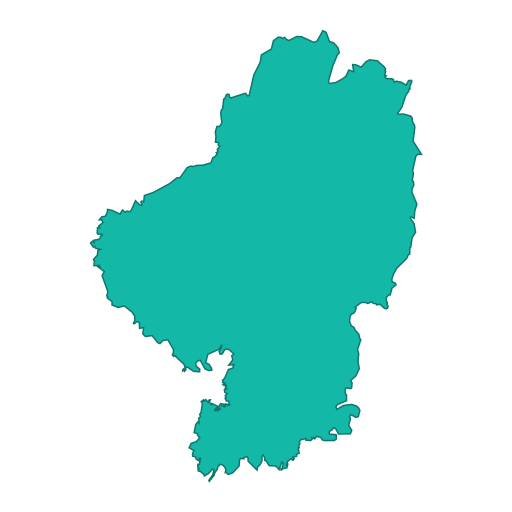 Chuadanga, Khulna, Bangladesh
{"feature_id": "16705992B19758630986204", "entity_name": "Chuadanga", "entity_type": "district", "adm_level": 2, "iso_a3": "BGD", "parent_name": "Bangladesh", "parent_adm1": "Khulna", "projection": "orthographic", "projection_center": [88.863, 23.601], "detail": "fine", "context": "isolated", "style": "filled", "palette": "teal", "viewbox_px": 512, "rotation_deg": 0, "n_neighbors": 0, "source": "geoboundaries", "source_scale": "gbopen_adm2", "svg_char_len": 6029}
<svg xmlns="http://www.w3.org/2000/svg" viewBox="0 0 512 512"><path d="M421.5,154.4L413.1,141.2L414.8,127.3L414.4,124.8L412.7,122.5L412.0,117.4L410.1,115.8L403.1,114.0L398.6,114.3L397.5,113.4L401.6,107.8L406.0,94.8L408.4,91.8L409.1,89.0L410.0,89.0L409.8,86.5L411.9,81.5L411.2,80.3L408.5,80.6L406.2,85.2L401.6,82.3L396.4,81.2L394.1,82.1L393.4,79.4L391.9,78.8L386.3,78.6L385.1,77.1L386.2,75.8L384.7,75.4L385.7,71.3L384.7,70.3L385.6,69.0L384.2,66.8L377.4,60.8L369.8,59.8L366.1,61.6L361.1,67.2L356.1,64.9L352.6,64.5L353.7,71.7L348.8,70.0L345.9,76.3L342.7,78.7L336.0,82.5L329.7,83.5L328.5,82.6L328.8,80.0L332.6,66.4L337.4,54.9L339.3,52.8L338.0,47.9L336.2,45.6L333.4,42.8L329.5,41.5L326.1,32.3L322.8,30.7L317.2,41.0L313.9,42.4L301.5,36.7L296.8,36.5L288.9,40.5L286.5,39.5L284.6,37.4L282.4,38.3L280.9,37.3L278.1,37.2L273.4,40.8L271.4,49.0L261.4,54.8L260.2,62.3L253.8,75.0L249.1,95.5L247.6,95.9L245.5,93.2L231.0,97.9L229.3,96.7L229.3,94.6L227.7,94.1L226.4,94.7L224.7,98.7L223.7,99.0L222.7,108.3L221.3,110.3L220.7,113.5L221.9,122.7L219.6,126.4L217.0,126.4L215.3,132.0L216.0,136.6L215.4,142.1L218.7,142.5L218.2,145.1L219.9,146.3L217.3,149.3L217.9,151.8L216.3,152.6L217.2,153.8L215.1,156.6L212.8,157.7L210.9,162.9L202.9,165.2L196.5,165.4L193.8,166.5L190.8,166.1L187.3,167.5L179.9,177.8L177.0,177.8L169.8,183.5L153.2,192.5L144.4,195.5L143.7,201.6L141.5,201.1L140.9,202.3L142.0,204.0L141.5,205.4L139.1,204.5L135.5,200.7L131.1,210.6L129.3,211.8L127.3,211.1L124.9,212.1L122.5,210.0L120.0,214.1L112.4,210.5L107.5,209.4L107.4,211.8L105.4,216.2L101.8,216.8L99.3,219.8L102.0,220.0L102.9,222.6L98.6,226.1L99.8,227.9L97.5,227.7L97.2,233.3L98.0,234.2L101.4,234.0L102.4,235.1L100.6,236.1L100.2,237.9L98.5,239.4L94.0,240.2L94.2,242.4L92.6,241.1L90.5,243.0L93.4,247.2L94.9,246.4L95.6,248.3L100.3,249.4L98.0,250.4L97.4,255.1L93.5,259.3L94.4,261.4L93.9,265.7L99.4,265.3L100.0,266.9L98.2,266.9L104.3,271.6L102.1,275.5L107.9,291.8L106.7,295.9L107.8,296.8L107.3,298.0L112.1,301.6L112.0,305.0L118.2,307.5L124.3,305.9L132.1,312.2L134.7,316.0L134.7,320.6L133.4,323.4L134.2,323.8L137.2,321.5L139.3,322.4L139.6,328.4L143.6,327.5L142.8,333.9L145.4,336.5L152.1,335.6L157.7,342.6L159.9,343.6L163.0,340.5L167.7,339.7L173.3,349.1L173.5,352.4L172.4,354.9L173.6,356.3L174.5,355.4L183.8,364.1L185.3,367.5L182.9,369.5L182.7,370.7L184.6,369.2L183.8,370.8L184.5,371.4L185.8,369.8L185.7,367.7L187.3,367.0L193.5,371.3L199.6,371.8L199.7,369.0L196.5,366.5L195.4,363.3L198.1,360.7L200.3,360.3L205.0,368.9L208.8,370.6L211.8,370.2L211.4,367.9L208.9,364.2L205.6,362.8L207.9,354.3L219.0,349.2L221.9,344.7L221.4,347.9L219.1,351.3L220.1,354.2L222.3,353.9L224.6,349.7L226.5,348.9L228.9,349.5L233.9,353.9L231.7,355.8L232.8,359.9L228.8,365.1L234.7,364.5L233.1,365.6L233.2,367.9L228.4,369.5L224.6,378.3L222.5,380.4L223.3,381.3L222.7,382.4L224.4,383.0L223.3,384.2L224.7,383.9L224.1,385.3L225.7,384.9L226.4,386.5L225.5,386.6L225.2,389.1L227.6,388.5L224.3,389.8L224.9,392.5L227.2,393.7L225.2,395.6L226.1,397.8L225.1,398.3L226.4,401.0L228.7,401.2L229.5,404.9L227.7,404.3L227.4,406.1L227.0,404.6L225.7,404.0L224.7,407.0L222.1,406.1L224.3,405.7L224.2,404.2L220.5,403.7L218.9,406.5L218.9,408.0L220.3,409.3L219.3,409.6L218.1,407.9L217.1,409.9L218.6,410.9L216.9,410.6L216.5,409.3L215.0,410.7L214.8,409.5L218.1,406.5L211.8,403.4L211.3,404.5L209.3,402.3L210.3,399.8L209.2,399.9L208.1,402.2L205.8,399.6L204.9,400.7L203.7,399.8L202.4,400.6L203.2,401.2L201.3,401.7L202.4,403.2L201.1,412.1L199.7,414.5L200.7,416.6L198.8,417.9L199.0,423.2L197.7,422.0L195.7,424.6L194.1,432.6L197.5,433.6L197.6,435.4L199.8,437.7L196.2,441.7L191.1,443.4L189.1,447.8L193.9,450.6L192.6,453.4L192.6,456.2L195.6,456.9L196.1,459.0L198.4,460.5L199.0,458.5L201.2,458.0L199.9,458.9L199.8,460.1L200.9,460.7L199.9,460.7L199.5,464.3L198.0,464.3L197.7,465.5L197.9,467.9L199.0,468.8L198.0,469.4L198.4,471.0L200.5,471.5L204.0,474.4L204.3,475.9L208.3,473.7L212.3,469.2L214.1,470.1L212.7,474.9L208.9,480.3L209.3,481.3L214.2,475.1L214.4,473.4L217.4,469.1L218.1,465.7L219.0,465.9L219.8,464.4L222.0,464.6L224.6,466.8L225.8,469.6L225.3,472.6L226.1,472.2L228.0,474.4L230.5,473.8L232.9,472.7L239.1,466.0L239.5,460.1L240.4,458.6L243.9,458.7L243.5,457.8L246.8,456.6L248.1,458.1L248.1,461.1L257.0,470.1L257.6,467.1L260.2,464.5L262.0,460.8L262.0,456.3L263.0,454.9L264.5,457.2L264.8,460.4L266.1,460.8L269.2,465.7L274.6,465.9L277.0,467.0L279.0,469.7L282.0,462.0L283.4,463.5L281.8,468.8L280.8,469.2L281.2,470.1L283.1,468.6L286.9,467.8L288.0,463.5L286.1,465.6L287.7,461.4L290.6,459.0L293.2,460.2L294.2,458.6L292.6,457.9L292.7,457.1L296.6,456.3L296.6,454.3L299.2,453.2L298.2,448.1L299.2,447.7L298.7,446.0L299.9,443.7L299.3,441.8L300.7,439.8L305.9,438.5L305.8,440.2L310.7,440.6L312.2,439.0L311.9,437.9L312.9,438.6L313.8,437.5L314.8,438.8L316.5,436.4L320.5,437.3L322.5,440.0L324.4,440.6L334.5,440.5L336.4,438.9L336.1,434.6L329.9,434.2L329.1,433.4L329.5,431.4L332.3,429.7L333.3,427.8L335.6,428.5L338.5,434.0L350.4,433.8L351.8,430.3L348.6,425.2L350.5,419.0L349.6,416.4L351.0,414.6L355.9,417.4L358.3,416.6L359.9,410.5L358.7,408.1L356.9,406.2L351.7,404.4L343.5,405.5L336.8,409.4L335.9,407.1L337.3,404.6L346.5,400.8L346.5,394.8L345.6,394.3L345.0,390.5L345.7,387.9L350.9,388.6L351.6,387.9L352.1,382.9L350.6,380.5L355.7,376.1L359.3,368.7L358.0,361.6L358.7,353.6L357.5,349.7L360.8,339.6L359.9,339.0L358.8,334.1L355.1,330.1L353.9,327.3L351.2,325.8L349.5,321.2L350.0,316.9L351.1,314.4L354.1,312.9L355.6,310.2L356.1,307.9L355.1,307.1L361.1,302.6L365.5,302.4L367.7,303.5L371.7,301.7L373.2,303.3L376.2,303.8L376.7,304.9L379.9,304.2L384.3,308.2L386.5,308.9L387.5,308.1L388.1,306.1L386.8,304.4L387.4,303.0L386.2,300.2L386.3,297.4L388.6,295.1L390.2,294.9L392.0,288.1L396.0,284.9L395.4,283.2L392.2,281.8L391.8,279.6L393.2,274.7L396.7,268.3L406.7,258.4L408.3,254.8L409.7,254.1L409.9,247.8L410.8,246.9L412.1,237.6L415.6,232.3L414.1,223.7L410.1,217.8L411.1,216.8L414.2,218.3L414.8,211.0L416.9,204.2L411.9,192.1L412.1,188.7L413.8,185.2L413.4,181.4L412.2,180.6L413.5,173.6L412.6,170.7L415.9,156.0L417.8,154.4L421.5,154.4Z" fill="#14b8a6" stroke="#0f766e" stroke-width="1.5"/></svg>